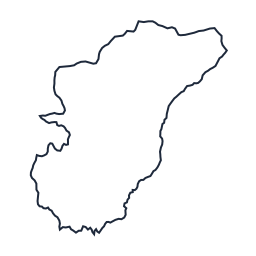 Cordeiros, Bahia, Brazil, rotated 183°
{"feature_id": "56859067B54638855899687", "entity_name": "Cordeiros", "entity_type": "district", "adm_level": 2, "iso_a3": "BRA", "parent_name": "Brazil", "parent_adm1": "Bahia", "projection": "robinson", "projection_center": [-41.901, -15.032], "detail": "fine", "context": "isolated", "style": "outline", "palette": "slate", "viewbox_px": 256, "rotation_deg": 183, "n_neighbors": 0, "source": "geoboundaries", "source_scale": "gbopen_adm2", "svg_char_len": 2985}
<svg xmlns="http://www.w3.org/2000/svg" viewBox="0 0 256 256"><g transform="rotate(183 128 128)"><path d="M46.8,232.3L51.4,231.6L57.6,229.3L62.4,228.5L64.7,227.5L66.9,226.6L75.8,224.0L80.4,223.4L82.5,223.8L86.2,229.8L89.4,230.9L93.8,229.6L99.0,231.6L103.1,232.4L106.2,234.6L108.9,235.8L113.2,235.6L117.8,234.6L123.0,235.1L125.9,226.4L127.5,224.6L134.0,224.9L136.2,221.8L138.0,220.0L145.9,218.5L149.6,214.1L152.1,210.7L155.4,208.9L158.0,206.6L160.2,202.6L160.8,200.2L161.1,195.3L163.3,191.0L166.0,190.4L173.9,192.2L178.5,191.6L182.6,189.7L185.1,187.8L189.3,186.8L199.7,185.3L203.5,180.2L203.5,176.9L203.9,174.7L204.0,171.9L203.8,168.5L204.1,164.6L203.4,161.2L202.1,157.8L200.2,156.1L198.1,154.7L195.9,151.9L194.8,148.7L193.5,146.6L192.4,144.4L191.9,142.2L193.5,138.9L197.5,138.3L200.2,138.6L202.2,139.2L204.5,138.4L206.6,137.9L208.5,137.1L211.2,135.9L213.6,136.0L216.6,135.4L215.4,133.7L213.7,132.5L211.9,131.7L210.2,130.2L207.1,128.8L204.7,129.6L201.7,130.1L199.8,130.1L198.8,127.2L197.0,126.5L194.8,127.2L192.4,126.3L190.9,124.8L189.3,122.2L186.7,120.6L185.7,118.0L186.7,115.6L187.4,113.5L187.2,111.0L187.1,108.5L189.0,107.9L191.1,108.8L192.5,106.8L193.3,103.8L194.4,101.7L197.5,101.9L199.9,103.6L201.0,105.4L202.8,108.4L204.8,108.7L206.5,106.6L207.0,103.3L206.9,100.2L208.1,97.6L210.4,96.2L212.5,95.3L215.3,95.5L217.6,96.2L218.1,93.2L218.3,91.0L219.7,88.2L220.7,85.7L221.1,83.1L221.9,80.9L222.6,78.6L222.6,75.7L221.3,73.1L218.5,70.8L216.6,67.7L216.2,61.6L214.1,58.6L214.3,54.6L214.5,50.3L213.9,47.1L212.2,45.2L209.8,45.0L208.2,43.5L205.8,43.3L203.7,44.4L202.3,42.5L199.9,41.4L198.4,38.9L196.3,36.6L193.8,35.2L191.7,31.9L191.0,28.9L191.4,25.9L190.7,23.0L187.9,25.6L184.9,25.4L181.2,26.4L179.6,23.9L177.3,22.7L174.5,20.8L171.9,22.8L169.3,23.0L167.7,27.5L165.1,26.9L162.7,24.5L160.5,26.4L158.9,24.5L158.1,22.3L156.3,20.2L156.0,23.5L154.6,25.3L153.3,23.1L151.4,21.9L149.6,24.8L148.4,26.8L146.8,28.6L145.8,31.1L144.4,33.0L142.5,33.2L140.7,32.6L138.6,33.9L135.8,35.6L132.6,36.8L129.7,36.6L127.1,38.4L125.8,41.2L126.3,45.7L125.5,47.8L127.9,49.7L127.5,52.5L125.2,53.7L124.7,56.4L123.2,58.3L123.5,60.7L122.3,63.5L119.9,64.2L120.1,66.4L118.0,66.3L116.4,67.8L115.5,69.8L115.3,72.6L114.1,75.4L112.2,76.8L109.9,77.0L108.0,79.0L105.7,80.1L103.1,81.2L102.1,82.9L100.3,86.3L98.4,87.5L96.6,90.1L95.2,93.0L94.4,95.4L93.5,97.5L94.1,100.8L94.4,103.6L94.8,106.0L94.1,110.2L93.0,113.3L92.8,116.7L93.4,119.2L95.4,121.3L95.4,124.0L95.5,126.7L94.6,128.6L94.2,131.2L93.8,133.8L92.2,135.1L92.0,138.1L90.1,140.1L90.0,144.1L89.1,148.7L88.5,152.0L86.9,154.6L85.0,157.5L83.3,160.0L81.4,161.7L79.0,164.2L76.6,166.6L74.3,167.7L73.1,170.1L71.2,173.0L68.3,173.6L65.8,174.5L64.3,176.3L62.1,176.2L60.3,176.7L58.5,178.5L56.9,180.6L56.2,184.5L53.6,187.8L51.0,189.4L49.1,191.1L46.5,192.6L43.9,194.5L42.6,197.3L41.5,199.7L40.3,202.4L37.8,204.3L36.5,206.2L34.8,208.3L33.4,210.6L35.7,213.1L38.0,215.9L39.3,219.6L39.2,222.4L39.4,225.0L42.0,227.1L44.3,229.4L46.8,232.3Z" fill="none" stroke="#1e293b" stroke-width="2"/></g></svg>